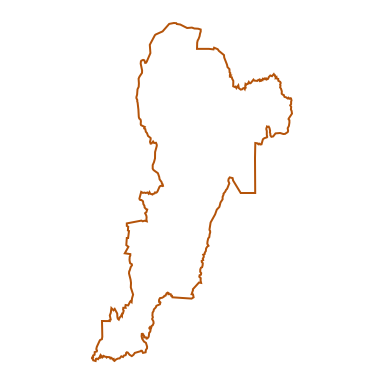 the district of Thong Nhat, Đồng Nai, Vietnam
{"feature_id": "81297802B78615286204020", "entity_name": "Thong Nhat", "entity_type": "district", "adm_level": 2, "iso_a3": "VNM", "parent_name": "Vietnam", "parent_adm1": "Đồng Nai", "projection": "equal_earth", "projection_center": [107.157, 10.974], "detail": "fine", "context": "isolated", "style": "outline", "palette": "amber", "viewbox_px": 384, "rotation_deg": 0, "n_neighbors": 0, "source": "geoboundaries", "source_scale": "gbopen_adm2", "svg_char_len": 5974}
<svg xmlns="http://www.w3.org/2000/svg" viewBox="0 0 384 384"><path d="M191.6,298.6L193.6,297.3L193.0,294.4L191.6,294.2L193.0,290.1L192.9,289.2L199.0,282.5L201.1,282.9L200.6,280.6L200.7,278.1L199.3,276.8L199.6,275.2L200.9,274.7L201.2,273.1L200.2,271.8L200.3,269.3L201.0,267.7L202.1,267.2L202.6,265.4L202.8,263.2L201.8,262.0L201.7,260.9L203.2,260.1L202.8,258.6L203.7,257.1L203.8,255.8L203.2,254.7L204.7,254.0L204.8,252.6L205.8,251.1L206.1,248.4L207.3,246.6L208.5,245.8L207.3,243.8L207.5,241.5L208.2,238.4L209.3,237.1L209.6,234.5L210.2,232.3L210.1,230.9L209.6,230.2L209.5,229.5L210.6,222.5L215.1,214.4L216.8,209.6L219.4,206.9L220.5,202.5L222.6,199.3L222.6,196.9L223.6,194.5L223.5,193.7L225.3,191.6L225.9,190.1L227.1,188.8L228.0,186.6L229.3,183.3L228.3,180.9L228.6,179.0L229.7,177.4L232.6,178.1L233.1,180.5L240.7,193.0L255.2,193.0L255.0,158.0L255.3,143.0L257.3,143.3L258.3,144.2L258.7,143.7L259.6,143.7L260.2,144.5L261.5,144.3L262.9,139.3L264.3,138.2L267.0,137.3L267.2,137.0L266.8,134.7L266.8,131.0L266.3,129.1L266.4,128.1L266.8,127.5L267.0,126.5L267.9,126.9L268.7,126.6L269.5,128.1L270.1,130.8L269.9,132.4L270.3,133.5L270.4,135.4L271.4,136.8L273.2,136.4L275.5,133.4L280.1,133.0L283.3,134.0L285.0,133.9L287.7,132.1L288.1,130.9L287.7,128.2L288.9,125.9L289.4,122.7L289.4,120.2L288.6,119.4L288.6,118.7L292.0,113.6L291.6,110.9L290.9,109.4L291.2,106.9L290.2,105.3L291.1,104.1L291.1,101.7L291.5,100.4L291.0,98.4L290.4,98.2L289.6,98.7L288.6,97.9L288.4,98.5L287.6,98.5L286.3,97.4L284.5,96.9L283.7,94.9L282.7,94.7L281.7,93.7L281.8,91.3L281.0,88.7L280.1,87.4L280.5,85.8L280.1,84.6L280.6,83.5L280.6,82.5L280.1,81.8L278.3,80.7L278.2,78.9L276.7,78.5L276.5,77.2L275.6,77.9L275.6,76.5L275.1,76.3L274.9,75.2L274.3,75.0L273.8,74.1L272.0,76.2L270.3,75.5L268.7,77.2L268.1,78.8L266.8,79.4L266.6,78.7L266.0,78.3L265.6,78.5L266.0,79.2L265.8,79.3L264.4,78.5L263.9,79.2L262.8,78.8L262.5,80.2L261.4,80.0L261.2,80.8L259.9,81.1L259.5,79.6L258.8,80.1L258.3,79.9L257.3,80.9L254.3,80.6L253.5,79.6L250.9,82.9L250.2,83.3L249.5,83.2L248.8,82.0L247.7,84.0L247.0,84.0L246.1,84.9L245.5,84.2L245.2,86.1L245.7,87.7L245.1,88.0L244.8,89.1L244.1,88.0L243.1,88.3L242.1,89.3L240.7,89.6L238.8,88.1L238.3,85.4L236.4,88.1L235.6,86.6L234.8,87.0L233.2,86.3L233.3,80.9L232.2,78.8L231.8,77.3L229.9,76.7L230.0,76.1L230.8,75.2L229.9,74.9L230.3,73.1L229.6,72.4L229.4,69.1L227.5,67.1L227.0,64.7L224.2,57.5L224.0,55.1L218.9,50.9L217.7,49.2L214.1,47.7L213.5,49.4L209.3,48.9L197.0,48.9L197.2,42.6L197.7,40.4L198.5,39.1L199.6,36.2L200.0,33.7L200.7,31.5L200.7,29.5L198.1,28.7L194.4,28.5L191.9,27.6L187.1,28.0L180.2,24.5L176.8,24.0L176.3,23.2L173.9,23.0L169.2,23.9L162.6,31.4L155.7,34.5L154.9,35.2L149.8,44.8L150.4,53.1L146.8,61.5L146.1,62.7L145.2,62.9L144.3,60.3L143.1,59.9L141.3,60.7L140.9,61.5L140.7,63.7L142.1,70.4L142.0,72.9L139.5,76.6L138.6,78.7L138.9,83.4L138.7,86.8L137.5,89.3L137.1,94.6L136.4,97.1L136.4,98.1L137.3,100.1L137.2,101.3L137.6,102.6L138.4,109.6L138.8,117.0L139.3,118.6L140.5,119.5L140.9,121.1L140.7,124.1L141.1,125.2L144.8,127.0L144.1,128.1L144.2,128.5L145.3,129.1L145.8,131.7L147.0,133.1L148.0,135.9L150.6,138.0L150.7,139.0L150.0,141.9L150.6,143.6L151.5,143.5L153.1,141.5L154.1,143.0L156.0,142.8L156.7,144.6L156.8,145.8L155.1,152.0L155.0,158.4L154.0,162.1L152.7,165.1L152.7,168.7L153.6,170.1L157.9,173.2L159.2,176.9L159.6,179.3L161.7,182.3L161.9,183.5L162.6,184.2L163.0,185.9L162.3,186.1L161.3,185.7L160.3,186.0L159.5,186.8L157.4,191.6L156.7,192.4L156.1,192.7L155.1,192.4L154.6,193.4L152.8,194.0L152.5,194.5L150.2,193.7L149.6,192.5L149.4,193.1L149.1,192.9L148.6,193.7L147.6,192.5L145.7,193.0L144.5,192.6L142.9,192.9L141.2,191.9L139.4,198.6L139.7,199.5L140.3,200.0L141.4,200.0L143.0,201.3L143.4,204.2L144.4,205.7L144.6,207.5L146.0,209.0L147.2,209.5L146.4,212.1L145.1,213.2L146.3,215.6L146.6,217.2L146.4,219.4L146.8,221.3L144.8,220.7L142.7,221.3L141.4,220.6L126.8,223.4L126.8,225.9L128.2,226.7L127.9,230.4L129.0,231.0L128.1,238.0L126.8,238.0L126.3,245.1L128.4,246.8L124.8,253.3L130.3,254.1L130.3,255.6L129.7,256.8L129.5,259.8L129.8,261.8L130.2,263.3L131.8,264.2L132.0,265.2L130.7,267.1L129.6,270.8L129.2,271.2L129.0,273.4L130.6,279.8L131.0,282.9L130.8,287.4L133.1,294.6L132.0,298.4L131.6,302.1L130.6,301.1L130.0,301.8L128.2,305.4L125.6,305.0L125.3,306.8L125.6,307.8L123.3,307.8L123.1,309.7L123.7,310.7L122.9,313.5L122.1,313.6L122.0,315.7L121.6,315.1L121.2,315.3L121.1,316.3L119.8,317.3L118.8,319.6L117.8,318.7L117.4,317.1L117.2,313.5L114.7,308.9L113.5,310.3L111.4,308.1L110.8,312.8L109.8,315.4L110.7,319.6L109.5,320.2L109.7,321.1L102.0,321.0L102.3,336.8L101.9,339.2L100.1,340.0L99.6,340.8L96.8,346.9L96.3,349.1L97.0,350.5L96.8,351.4L94.7,352.1L94.6,354.7L93.1,355.5L93.1,357.4L92.1,357.5L92.0,358.3L93.1,359.5L93.2,360.3L95.6,361.0L96.0,358.9L96.9,358.6L98.1,359.2L99.0,357.8L99.9,357.8L99.9,356.4L100.6,355.0L101.0,355.5L101.1,356.8L102.2,357.6L102.9,357.0L103.0,356.1L103.5,355.8L105.0,356.7L106.1,356.8L106.6,357.5L107.2,357.0L109.6,357.2L110.3,358.4L111.1,357.7L111.7,358.0L112.4,359.1L113.6,358.9L113.6,360.3L114.5,360.9L116.1,359.4L118.1,358.5L119.6,358.4L121.3,356.3L123.0,357.0L124.0,355.5L125.6,355.2L126.0,354.2L126.1,353.0L126.7,352.3L127.7,352.5L129.6,354.8L131.8,356.1L133.4,354.9L134.8,352.9L140.6,351.2L141.1,350.7L141.9,350.8L143.0,352.9L145.6,352.3L145.9,349.9L147.0,348.4L147.1,346.6L145.9,342.8L144.0,341.6L142.2,338.8L141.6,336.2L141.8,333.9L142.7,333.8L143.3,334.4L143.1,335.3L144.1,335.9L144.1,337.4L145.9,337.3L146.5,338.6L147.4,338.4L148.7,336.7L149.2,332.8L150.2,331.7L150.5,330.4L150.3,329.2L149.4,328.5L149.4,327.8L149.9,327.2L150.6,328.3L151.0,328.4L151.7,325.8L152.7,325.3L153.6,323.2L153.4,321.3L152.1,319.0L152.9,317.2L152.4,315.7L152.6,312.6L153.5,311.2L153.9,309.4L155.8,307.4L156.4,305.8L159.9,304.3L160.4,302.4L159.7,301.7L159.1,301.8L159.0,301.0L159.2,299.5L160.0,298.1L162.0,297.8L163.7,296.9L164.4,295.8L165.5,295.7L166.6,293.3L167.7,292.6L168.6,293.1L168.5,294.2L170.7,294.2L171.3,295.9L172.0,295.8L172.4,297.3L191.6,298.6Z" fill="none" stroke="#b45309" stroke-width="2"/></svg>